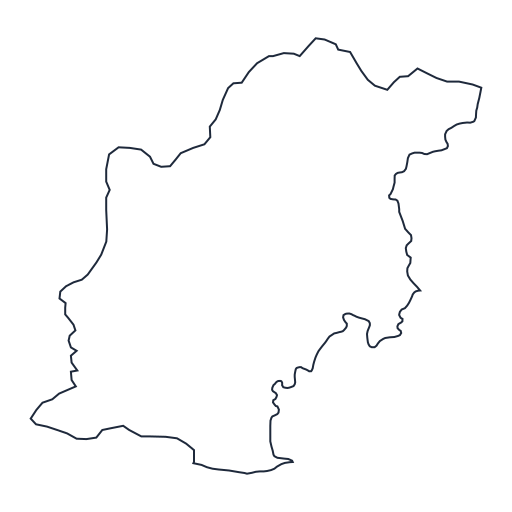 outline of Braslaw, Vitebsk, Belarus
{"feature_id": "67162791B18102707107362", "entity_name": "Braslaw", "entity_type": "district", "adm_level": 2, "iso_a3": "BLR", "parent_name": "Belarus", "parent_adm1": "Vitebsk", "projection": "mercator", "projection_center": [27.102, 55.56], "detail": "fine", "context": "isolated", "style": "outline", "palette": "slate", "viewbox_px": 512, "rotation_deg": 0, "n_neighbors": 0, "source": "geoboundaries", "source_scale": "gbopen_adm2", "svg_char_len": 4411}
<svg xmlns="http://www.w3.org/2000/svg" viewBox="0 0 512 512"><path d="M481.3,87.7L472.6,84.5L459.0,81.6L447.1,81.6L436.5,78.0L427.0,73.3L417.5,68.5L408.1,76.2L399.8,76.8L393.9,82.2L387.3,89.8L374.9,85.7L367.8,79.8L361.3,70.9L356.6,63.2L350.1,52.0L338.2,49.6L335.8,44.3L324.6,39.5L315.7,38.3L308.6,46.0L299.7,56.1L293.8,53.7L283.8,53.1L273.1,56.1L269.0,56.1L257.1,63.2L248.8,72.1L241.7,82.7L233.4,83.3L228.1,88.1L222.8,99.9L219.8,110.0L215.7,119.4L209.8,126.6L210.3,137.2L204.4,144.3L193.2,147.9L180.7,153.2L176.0,159.1L170.1,166.2L161.2,166.8L153.5,163.8L150.0,156.7L141.1,149.6L129.8,147.9L118.6,147.3L109.1,154.4L106.2,169.2L106.2,181.6L109.7,189.9L106.2,197.6L106.2,210.0L107.1,229.5L106.3,241.6L101.2,254.7L96.4,262.5L91.5,269.3L87.7,274.6L81.8,279.7L73.6,282.3L66.1,286.2L60.3,291.6L59.5,298.5L65.6,303.1L65.2,307.6L65.2,314.4L68.2,317.9L73.5,324.7L75.4,330.4L69.7,335.7L68.6,340.6L70.9,347.4L76.6,350.8L70.9,355.7L71.6,362.6L77.3,370.5L70.9,371.7L71.6,380.0L75.8,386.4L68.6,389.5L59.1,393.6L52.3,399.3L42.5,402.7L36.4,409.9L30.7,418.6L36.0,424.3L47.0,426.6L57.2,430.0L67.1,433.4L76.6,438.7L86.4,439.1L96.3,437.6L102.3,430.0L109.5,428.5L123.2,425.8L129.2,430.0L141.3,436.4L149.3,436.4L165.6,436.8L177.0,438.3L186.1,443.6L194.0,450.1L194.0,461.8L193.4,463.2L201.5,464.9L206.9,467.2L212.5,468.7L218.7,469.5L222.9,469.9L229.1,470.5L239.1,472.2L244.5,473.0L247.0,473.7L251.9,472.8L255.7,471.8L259.8,471.4L263.8,471.4L267.1,471.0L271.0,470.1L274.4,468.7L277.0,466.6L281.4,464.1L284.9,462.9L289.7,462.2L292.7,462.0L292.1,460.7L288.3,459.0L284.1,458.6L280.1,458.1L277.4,457.8L274.4,456.2L273.5,454.7L272.7,450.7L271.5,446.6L270.3,441.4L270.3,436.7L270.3,429.7L270.3,425.9L270.5,420.6L271.5,417.6L272.4,416.4L274.5,415.5L277.3,414.1L278.5,412.6L278.9,409.6L277.4,406.4L275.8,406.0L274.5,404.5L273.0,402.4L273.3,400.2L275.4,399.0L276.5,396.9L277.0,395.1L275.8,393.1L272.9,391.2L272.1,389.8L272.3,387.8L273.5,385.1L275.0,383.8L275.9,382.6L276.7,381.8L278.2,381.0L280.2,380.9L281.3,381.2L282.1,382.5L282.2,383.8L282.1,385.2L283.3,387.2L285.1,387.7L287.4,388.0L289.1,387.7L290.9,387.1L293.5,386.1L294.7,384.3L295.2,382.3L294.9,379.0L294.7,376.9L294.7,374.7L294.9,373.4L295.4,370.8L295.8,369.1L296.6,368.0L298.0,367.5L299.7,367.1L301.0,367.1L302.3,368.0L303.3,368.5L304.5,368.9L306.3,369.6L307.8,370.4L309.2,371.3L311.2,371.2L311.8,370.3L312.7,368.3L313.3,364.9L314.1,361.8L315.5,357.5L316.7,354.7L318.4,351.3L319.6,349.6L322.2,346.2L325.0,342.8L326.1,341.3L327.9,338.6L329.5,336.5L331.5,335.2L334.2,333.4L336.6,332.9L339.4,332.1L341.3,331.7L342.8,331.2L344.1,330.0L346.1,327.6L346.8,326.0L346.8,323.6L345.5,322.2L344.0,320.0L343.1,317.4L343.5,315.1L345.5,313.9L346.9,313.6L349.3,313.5L351.5,314.2L353.0,315.1L354.5,315.7L356.4,316.7L358.9,317.6L361.8,318.4L364.9,319.2L368.7,321.1L369.8,323.1L369.9,325.1L369.4,326.6L368.3,329.3L367.6,331.1L367.0,334.0L367.3,337.8L367.6,340.2L367.9,342.4L368.6,344.4L369.8,346.3L371.7,347.2L374.6,347.2L376.5,345.7L377.8,343.6L379.8,341.1L383.2,338.9L385.2,338.0L389.8,337.3L394.4,337.0L398.2,335.9L399.9,335.1L401.2,333.0L400.7,330.9L399.3,330.0L397.6,328.2L397.4,326.3L398.4,324.1L401.3,322.4L402.4,321.3L402.5,318.9L400.6,317.8L399.2,315.1L399.2,314.4L399.9,311.8L401.7,309.5L404.9,308.2L407.2,305.6L409.0,302.8L410.4,300.0L412.1,296.3L412.7,294.5L414.2,292.5L415.7,291.4L418.1,290.7L420.1,290.5L417.1,286.9L413.6,283.3L410.3,279.5L407.9,275.5L407.2,271.5L407.4,268.2L408.9,265.4L410.3,263.0L410.7,257.6L407.2,255.0L406.3,251.7L405.8,248.1L406.7,245.3L408.4,243.6L411.2,241.0L411.5,238.2L411.0,235.1L408.4,232.5L405.1,228.8L402.7,221.0L400.9,216.3L399.2,211.9L399.2,209.2L398.5,203.6L397.4,200.7L395.6,199.5L393.3,199.4L390.5,198.9L389.3,197.8L389.1,195.4L390.5,194.1L391.2,192.7L392.9,189.2L393.5,186.7L394.6,182.6L394.6,178.7L394.7,175.5L395.9,174.0L397.6,172.9L399.1,172.6L402.0,172.2L404.1,171.2L405.9,168.8L406.5,166.4L407.3,162.2L407.9,158.1L409.5,154.6L412.2,153.4L414.5,152.7L417.7,152.7L419.8,152.7L422.1,153.0L424.3,154.0L427.1,154.2L429.2,153.3L432.9,151.8L435.0,151.3L438.5,150.7L441.5,150.3L444.6,149.1L446.9,148.2L447.9,146.1L447.6,143.8L446.4,141.9L445.4,139.6L445.1,136.7L445.1,134.3L446.6,131.0L448.6,129.2L451.4,127.8L454.1,126.0L456.7,124.5L459.6,123.6L462.6,123.0L467.2,122.5L470.2,122.7L473.4,121.7L474.3,121.1L475.9,117.5L476.0,115.0L476.3,110.6L477.2,107.6L477.7,104.1L479.3,97.9L480.4,92.4L481.3,87.7Z" fill="none" stroke="#1e293b" stroke-width="2"/></svg>